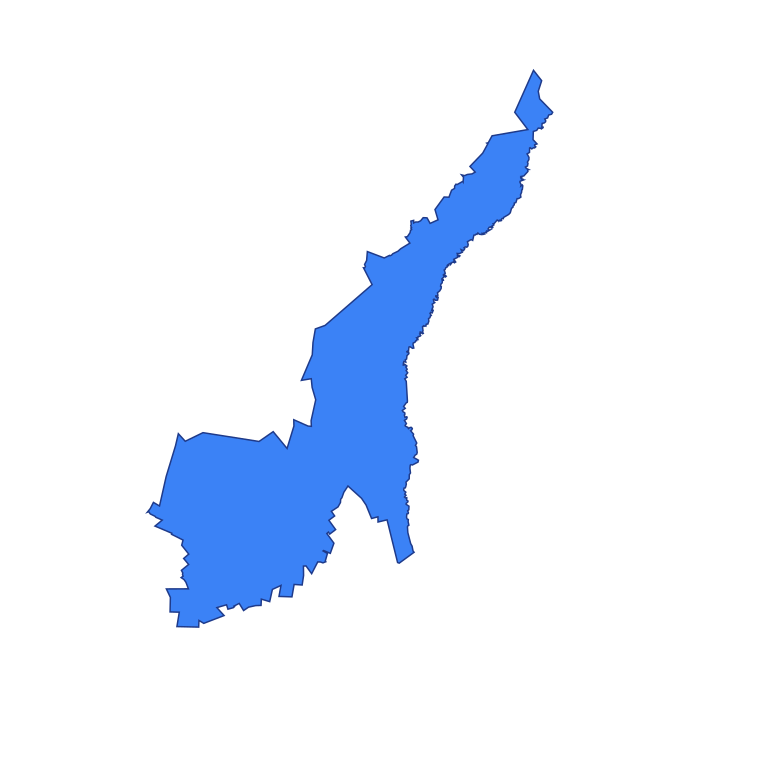 the district of Ojinaga, Chihuahua, Mexico, rotated 51°
{"feature_id": "50627088B59810365960374", "entity_name": "Ojinaga", "entity_type": "district", "adm_level": 2, "iso_a3": "MEX", "parent_name": "Mexico", "parent_adm1": "Chihuahua", "projection": "mercator", "projection_center": [-104.612, 29.546], "detail": "fine", "context": "isolated", "style": "filled", "palette": "blue", "viewbox_px": 768, "rotation_deg": 51, "n_neighbors": 0, "source": "geoboundaries", "source_scale": "gbopen_adm2", "svg_char_len": 6153}
<svg xmlns="http://www.w3.org/2000/svg" viewBox="0 0 768 768"><g transform="rotate(51 384 384)"><path d="M234.3,70.4L255.1,111.4L276.8,112.1L259.1,143.8L262.1,151.1L261.5,152.5L262.7,152.2L266.7,162.0L269.0,180.3L276.7,179.8L276.1,183.4L273.6,187.4L272.8,190.2L270.3,192.1L273.3,192.1L276.7,195.3L276.1,195.2L275.0,201.7L274.0,202.3L274.6,204.5L276.4,206.1L275.9,209.5L279.7,216.0L276.5,219.6L280.5,234.6L290.4,238.7L288.2,247.1L282.0,246.0L281.0,247.0L279.4,248.9L280.2,252.8L279.6,255.5L278.0,257.5L277.5,259.6L275.5,258.0L274.3,260.6L277.0,262.3L277.8,263.6L279.9,264.2L279.7,265.0L281.4,265.4L281.2,266.6L282.8,268.5L284.2,273.1L283.2,274.9L290.8,275.2L289.4,285.9L289.6,289.6L288.3,295.2L288.6,297.1L288.1,298.6L287.5,298.8L286.2,304.5L270.6,313.6L277.1,319.8L278.9,323.9L280.9,324.4L281.6,326.0L280.8,326.8L299.3,330.7L301.4,392.9L298.0,402.7L307.1,413.1L316.2,421.4L329.2,445.9L334.1,437.2L341.4,442.0L353.3,447.0L366.6,463.7L371.2,467.1L368.9,469.5L355.0,476.6L360.0,480.5L373.1,499.9L351.3,500.1L350.0,517.3L307.9,555.3L303.4,574.5L293.2,575.1L300.8,584.9L318.8,611.5L337.5,635.2L330.9,637.7L333.7,644.0L334.7,648.6L335.2,647.2L337.9,647.4L342.7,645.2L344.0,645.2L350.2,642.0L350.3,651.4L366.5,642.8L367.1,643.7L378.8,638.4L382.0,642.7L393.3,642.8L393.5,649.5L401.3,649.4L401.3,658.7L404.2,659.3L405.4,660.6L406.9,661.0L406.8,663.5L410.0,662.5L413.4,662.7L420.1,664.9L406.3,682.1L415.4,684.3L426.5,693.7L432.5,686.7L442.2,697.6L456.3,681.0L451.3,676.6L456.6,674.7L463.3,654.0L452.6,654.6L456.5,645.3L460.8,647.0L463.0,641.9L462.9,640.3L462.2,640.4L463.4,634.6L471.7,635.7L472.2,629.7L475.5,623.1L478.7,618.9L474.0,614.7L481.2,609.8L473.4,600.0L475.7,590.8L483.0,599.3L491.5,589.5L483.2,580.0L488.7,574.1L482.2,567.0L474.8,561.2L476.3,559.1L485.9,559.6L480.6,547.5L482.2,545.5L484.6,544.0L485.5,541.1L484.7,541.1L480.1,534.6L475.4,536.4L475.4,535.7L481.8,532.3L476.2,523.1L464.2,522.5L464.1,520.4L466.5,520.6L466.7,513.2L455.2,512.6L455.5,505.4L449.8,505.0L450.6,497.1L448.7,492.4L446.3,490.2L445.9,488.3L442.9,483.4L440.6,476.2L458.7,473.4L466.8,474.1L480.7,478.3L483.4,472.3L487.5,475.5L491.5,467.1L531.3,485.8L532.8,484.9L533.7,466.5L532.0,466.5L527.7,464.2L524.8,463.7L514.5,459.0L509.8,455.7L509.3,455.0L509.4,453.5L506.2,451.9L504.6,450.4L503.3,451.0L501.7,450.3L499.4,448.1L499.9,446.8L499.5,446.1L497.4,445.4L497.4,443.9L494.7,441.5L491.4,442.5L490.7,441.8L490.7,439.8L490.1,439.0L488.6,439.5L486.7,437.9L486.2,438.9L484.7,439.2L484.3,436.9L482.6,437.2L481.8,435.1L479.3,435.6L478.3,435.0L477.5,433.9L478.1,433.0L477.7,432.0L475.9,429.7L474.1,428.7L473.6,424.1L470.4,421.4L469.8,419.4L465.8,416.9L463.6,414.7L463.6,413.8L464.8,412.9L466.1,406.7L464.9,405.2L459.8,407.2L458.9,404.6L459.1,402.7L458.1,401.3L453.2,398.2L451.5,398.2L450.5,395.7L442.5,393.9L441.6,392.6L437.1,392.7L437.1,391.0L436.4,390.0L435.0,390.0L434.2,391.0L434.0,393.1L432.8,392.7L430.2,393.9L429.4,393.6L428.9,391.5L425.1,391.0L425.4,388.4L424.3,386.9L423.6,387.2L423.1,388.7L420.9,387.7L420.6,386.7L419.4,386.0L417.5,386.7L416.1,386.4L416.3,382.8L413.8,382.9L412.6,378.4L412.9,377.5L412.1,376.6L395.9,365.0L393.0,364.6L393.3,361.8L390.9,361.7L390.2,358.5L387.5,358.4L387.1,356.7L384.5,356.3L384.4,354.9L381.7,355.5L381.9,356.5L381.4,357.1L379.8,355.6L379.0,354.4L380.7,353.3L378.6,352.3L378.8,350.7L376.4,348.3L376.1,345.6L374.7,344.7L374.0,345.2L374.0,346.0L373.2,345.8L373.4,343.8L371.0,341.4L371.4,340.3L374.2,339.4L374.8,338.2L371.3,336.4L370.5,335.4L371.1,333.8L370.4,332.2L370.9,331.4L370.1,330.4L370.7,329.7L368.7,329.5L369.5,328.6L368.6,327.6L369.5,326.2L369.5,325.0L367.5,324.7L367.6,323.7L366.4,323.4L366.7,322.7L369.2,322.4L369.4,321.6L367.8,321.3L367.2,320.2L363.7,318.0L363.7,316.6L364.4,316.6L364.6,315.6L365.4,315.1L364.1,313.5L365.0,312.2L363.4,309.6L361.2,308.2L361.4,306.6L360.2,305.0L360.5,304.2L358.0,303.8L357.8,302.8L359.1,301.8L357.7,299.4L356.9,299.5L357.5,299.8L356.9,300.8L354.9,297.3L352.3,296.3L352.7,293.4L351.7,293.6L349.4,292.4L349.5,291.7L351.4,291.3L352.5,289.6L350.7,287.3L349.6,288.2L349.7,288.7L348.4,288.6L348.1,288.2L349.0,287.3L349.0,286.3L346.7,285.0L346.7,282.1L345.8,279.6L344.4,278.2L343.6,278.5L342.2,276.9L342.0,275.1L340.3,273.6L340.8,272.6L340.1,272.3L339.4,273.3L338.7,272.9L338.4,269.5L339.5,268.9L339.4,267.8L337.4,268.1L337.4,269.4L336.6,269.3L336.5,266.7L333.3,265.5L333.5,264.5L332.5,262.8L332.8,261.1L331.6,260.2L331.6,259.4L332.4,259.8L332.7,259.2L331.7,258.2L331.9,256.6L333.0,257.0L332.3,254.5L333.2,253.3L332.9,252.9L334.1,253.0L334.3,251.5L331.0,251.3L331.9,247.1L330.9,246.5L332.4,245.4L332.2,244.4L330.1,245.6L328.6,245.0L330.1,243.3L330.9,240.2L328.2,239.5L330.4,238.3L329.7,236.1L328.5,236.1L328.6,234.6L329.8,233.5L329.7,232.2L328.6,230.8L325.9,229.6L326.6,225.4L328.2,224.7L324.9,220.5L325.7,219.1L325.5,218.0L326.2,217.5L325.7,216.0L327.6,215.7L329.4,214.0L328.7,213.0L330.1,212.9L330.5,212.0L329.6,212.4L329.4,211.6L331.0,209.1L330.3,208.4L330.1,209.1L329.6,208.0L330.6,207.2L331.0,204.5L329.9,205.9L329.0,205.5L328.4,203.7L329.3,201.5L329.6,202.3L330.4,202.4L330.9,201.4L330.7,200.8L329.2,200.6L329.5,198.5L328.1,198.3L328.6,197.3L327.8,192.9L328.9,192.6L329.3,191.6L329.8,192.0L329.8,190.9L330.6,190.7L330.9,189.8L330.0,189.5L329.7,188.2L330.6,187.2L329.8,186.4L330.7,180.4L330.4,178.1L327.7,174.3L327.8,172.6L327.0,171.9L326.7,170.0L325.4,168.9L326.0,167.3L323.7,163.9L324.6,162.7L324.9,160.0L322.9,158.9L321.5,156.3L319.9,154.9L320.0,154.2L317.3,151.4L316.3,151.3L316.3,153.1L315.4,152.0L312.5,151.3L312.1,150.6L313.2,147.2L312.3,148.0L312.2,147.3L311.3,147.9L310.5,147.2L310.4,148.1L309.6,147.8L309.8,147.1L308.9,147.0L310.3,144.4L309.4,138.4L307.8,137.5L308.3,136.7L306.1,137.7L304.4,137.6L304.9,135.3L303.2,133.3L301.8,132.9L300.8,130.2L299.1,128.7L295.2,128.0L295.6,125.2L292.2,122.3L292.3,121.7L294.3,121.2L294.5,119.1L295.3,118.4L295.2,116.8L293.7,117.0L292.9,116.4L293.7,114.0L287.9,114.4L281.7,109.0L283.0,105.7L282.2,103.1L283.9,101.3L284.8,101.2L284.9,99.0L284.4,98.7L283.6,99.6L281.0,97.1L282.0,95.1L281.9,93.5L281.3,92.7L279.2,92.3L280.2,89.4L278.6,86.8L279.8,84.0L279.0,81.9L260.4,83.6L253.6,79.9L247.5,70.6L234.3,70.4Z" fill="#3b82f6" stroke="#1e3a8a" stroke-width="1.5"/></g></svg>